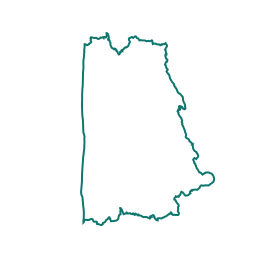 Mananjary, Vatovavy-Fitovinany, Madagascar, rotated 164°
{"feature_id": "10022922B52512193010711", "entity_name": "Mananjary", "entity_type": "district", "adm_level": 2, "iso_a3": "MDG", "parent_name": "Madagascar", "parent_adm1": "Vatovavy-Fitovinany", "projection": "mercator", "projection_center": [48.046, -21.236], "detail": "fine", "context": "isolated", "style": "outline", "palette": "teal", "viewbox_px": 256, "rotation_deg": 164, "n_neighbors": 0, "source": "geoboundaries", "source_scale": "gbopen_adm2", "svg_char_len": 5684}
<svg xmlns="http://www.w3.org/2000/svg" viewBox="0 0 256 256"><g transform="rotate(164 128 128)"><path d="M68.5,199.2L70.1,198.6L71.1,199.0L72.0,198.7L72.4,199.2L73.9,198.5L74.2,198.6L74.2,199.1L74.7,199.6L76.5,200.1L78.6,201.6L79.8,202.0L81.0,201.9L80.9,202.9L80.7,203.3L80.9,203.8L80.6,205.1L80.9,205.7L82.2,205.4L83.5,205.5L84.5,206.2L85.1,206.1L85.4,206.3L86.5,206.4L87.7,207.5L90.5,208.4L91.5,209.0L92.4,208.9L93.0,209.2L93.3,211.0L93.6,211.4L94.6,211.9L95.2,213.9L95.9,214.1L98.3,213.2L99.0,214.4L99.6,214.5L100.1,214.2L100.6,214.0L102.1,214.0L102.4,213.6L102.8,212.6L102.4,210.2L104.1,208.3L104.6,207.3L105.2,206.7L105.9,206.6L106.5,206.1L107.2,206.1L107.7,205.9L108.4,206.3L110.1,205.4L110.4,205.0L111.5,204.6L112.5,204.6L112.6,204.1L112.3,203.6L112.3,203.4L112.8,203.6L113.2,203.3L113.6,203.6L114.0,203.1L114.6,203.2L114.9,202.3L115.5,201.9L115.9,201.3L116.4,201.2L116.5,201.9L117.1,202.4L117.1,204.2L117.3,204.7L117.8,205.0L117.6,206.1L118.1,206.4L118.1,207.3L118.8,207.9L119.3,207.3L119.6,207.3L120.4,208.5L121.3,209.3L121.7,210.3L121.9,211.9L121.9,213.2L121.4,215.1L121.7,215.9L121.6,217.3L121.8,217.8L122.7,218.1L122.8,218.6L122.4,219.3L121.8,219.4L121.7,219.7L121.3,221.8L121.7,223.1L121.4,223.8L121.7,224.5L122.5,225.1L122.7,224.7L122.6,223.8L122.8,223.0L124.0,221.3L124.4,221.1L125.5,222.0L126.1,222.0L126.5,221.3L126.8,222.1L127.2,222.3L127.8,222.1L129.1,222.1L129.6,222.5L131.2,221.7L132.3,221.9L133.9,223.5L135.3,223.7L138.5,225.4L138.9,225.2L139.4,224.3L139.1,223.8L139.3,223.2L139.9,222.4L139.5,221.1L140.0,220.4L142.2,219.7L142.3,219.3L143.0,219.0L143.6,219.1L144.4,218.9L144.8,219.0L145.5,220.0L146.2,220.4L146.7,220.5L147.4,217.7L148.8,214.5L148.9,213.2L149.1,213.0L150.9,208.2L152.5,204.5L154.3,197.9L155.8,194.1L160.1,180.4L160.9,178.7L163.3,171.5L163.8,169.4L166.1,162.1L168.5,152.4L169.0,148.7L172.1,136.0L172.1,131.7L172.7,130.5L174.0,125.5L175.3,121.9L175.4,121.0L179.3,111.9L184.4,97.7L187.2,88.8L190.8,79.3L191.2,76.9L190.8,74.3L192.4,66.2L193.0,62.3L193.9,58.3L195.4,53.6L196.5,50.9L196.9,49.4L196.4,49.7L196.1,50.7L194.9,51.5L194.2,51.5L192.0,50.6L190.8,50.4L190.3,50.4L189.5,50.8L187.7,50.4L187.1,49.9L187.0,48.1L186.6,47.4L184.1,46.6L183.8,46.2L184.3,44.9L184.3,44.4L184.1,44.1L182.7,43.7L181.2,42.5L180.3,42.0L178.9,42.4L178.4,43.6L176.3,43.8L175.1,44.7L174.1,45.8L172.7,46.0L172.1,46.4L171.3,47.3L170.7,47.4L170.4,47.2L170.4,46.3L170.1,45.7L170.4,45.2L170.0,43.8L170.1,43.1L167.4,42.5L164.4,42.3L162.9,42.9L162.2,43.7L161.1,45.9L160.3,46.9L159.0,47.0L158.4,49.9L157.4,51.8L157.4,52.2L157.8,52.8L157.7,53.2L157.4,53.2L157.2,53.0L156.5,51.4L156.3,48.6L156.0,46.4L154.8,46.5L153.3,46.3L152.9,46.5L152.7,47.1L152.4,47.0L151.9,45.9L151.0,45.7L150.2,45.7L149.8,45.4L149.1,45.3L148.6,44.4L148.0,44.3L147.5,43.9L147.1,43.9L146.7,44.5L146.3,44.4L145.9,43.7L145.8,42.9L145.6,42.6L145.1,42.7L144.9,43.5L144.5,43.6L143.1,42.2L142.8,41.6L142.4,41.9L141.9,42.0L141.7,41.8L141.9,41.3L141.8,41.1L139.6,40.1L138.4,38.6L137.3,37.9L135.5,37.7L134.5,37.2L133.9,36.4L132.9,36.0L132.1,35.0L131.8,35.0L131.6,35.3L131.2,36.5L130.4,35.8L130.0,35.7L129.7,35.8L129.7,36.1L130.2,36.9L128.4,37.4L127.5,37.1L127.3,36.4L127.5,35.4L127.0,34.9L127.2,33.9L126.1,31.8L125.3,31.2L124.9,31.0L124.6,32.1L124.7,32.6L124.4,32.9L123.7,32.7L122.7,32.7L120.8,31.8L119.5,32.2L118.2,32.2L117.4,32.5L115.2,32.8L112.9,33.8L112.4,33.7L112.0,34.1L111.3,34.0L110.2,35.1L109.9,35.0L109.6,34.4L109.7,33.1L109.0,32.8L108.7,32.0L107.1,31.8L106.2,31.2L105.0,31.0L104.2,30.6L103.6,30.6L102.9,31.3L102.6,31.9L102.5,32.4L103.0,33.9L103.0,34.5L102.0,36.2L101.9,37.7L101.4,38.6L100.7,39.0L100.5,40.1L101.8,43.0L102.4,45.8L103.2,46.5L102.8,47.6L102.2,48.1L101.4,48.5L100.9,49.1L100.1,48.4L99.8,48.6L99.3,48.6L98.3,47.9L97.8,48.4L97.7,48.9L96.3,49.3L94.6,51.8L94.1,52.0L93.6,51.4L93.2,51.3L93.1,51.6L93.0,50.3L92.5,49.6L91.9,47.9L91.5,47.3L91.3,47.1L89.2,46.8L87.8,47.2L87.0,47.7L86.0,47.9L86.1,49.1L85.9,49.6L85.1,50.2L84.0,50.0L83.8,50.8L83.4,50.8L82.8,50.4L82.2,50.6L80.0,50.2L78.4,49.5L77.5,49.8L77.1,50.1L75.8,50.7L74.6,52.1L73.7,52.6L72.8,52.5L72.0,51.9L70.8,51.7L69.4,51.6L66.4,50.5L64.9,51.2L62.5,51.9L61.9,52.4L60.8,52.6L60.2,53.4L59.2,55.3L59.1,57.9L59.7,60.1L60.3,61.1L62.7,63.0L65.3,63.8L68.6,62.9L69.1,62.6L69.5,63.1L69.8,64.0L70.7,65.2L71.8,65.8L72.2,68.2L73.0,70.4L73.2,72.4L73.0,73.0L73.4,73.9L73.2,74.7L74.0,76.2L73.7,76.5L73.6,76.9L74.1,79.4L74.0,79.7L72.6,80.8L70.9,79.4L70.4,80.0L69.4,80.4L68.9,80.8L68.3,81.4L68.1,82.1L68.4,84.2L68.8,84.8L68.7,85.8L70.4,87.7L71.0,89.8L71.0,90.8L70.5,93.8L70.1,94.4L70.9,94.5L70.5,95.0L70.6,95.4L72.6,98.5L72.8,100.6L74.2,101.9L75.0,103.1L74.9,103.8L74.1,105.1L73.9,106.1L74.2,107.9L74.1,110.1L74.6,114.4L74.7,115.4L75.1,116.5L74.4,117.6L74.7,119.1L73.9,119.9L73.9,120.3L74.1,121.7L74.0,122.9L74.7,124.1L75.7,127.7L75.2,128.9L75.6,129.7L75.8,130.3L75.4,130.9L75.0,130.8L74.6,131.0L74.7,131.5L74.6,131.9L73.5,131.7L73.0,131.3L72.1,132.3L72.2,132.6L73.1,133.1L73.3,133.5L73.1,134.5L72.4,134.9L71.7,134.7L70.3,133.4L69.6,131.3L69.2,131.3L68.8,131.0L68.7,130.5L68.1,130.4L67.9,130.9L67.3,131.2L67.3,132.9L66.8,133.9L66.9,135.6L67.4,138.4L67.4,139.5L67.1,140.5L66.9,142.3L66.9,143.2L67.4,143.8L68.1,145.7L68.7,146.7L69.7,147.4L70.4,149.2L70.6,152.3L71.2,153.3L71.1,153.8L71.3,154.4L71.8,155.0L71.7,155.5L71.9,156.6L71.6,157.2L72.9,160.1L73.9,163.9L73.8,167.2L74.0,168.4L74.4,168.8L75.4,171.6L74.5,172.7L73.7,173.1L73.7,173.3L74.6,175.5L74.6,176.5L74.4,177.6L75.0,178.7L73.3,180.9L72.7,181.1L72.1,181.0L71.3,182.8L72.2,184.2L72.3,186.8L72.1,187.7L71.5,188.5L71.4,188.5L70.8,188.0L70.5,188.5L70.7,190.9L70.5,191.9L70.8,193.1L70.3,193.4L69.9,194.2L68.9,194.9L67.9,196.1L67.9,197.2L68.3,197.9L68.5,199.2Z" fill="none" stroke="#0f766e" stroke-width="2"/></g></svg>